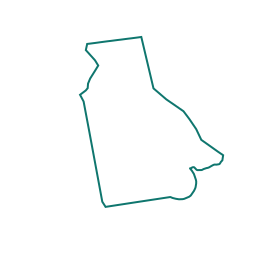 the Préfecture of Borkou, rotated 323°
{"feature_id": "TCD-5577", "entity_name": "Borkou", "entity_type": "Préfecture", "adm_level": 1, "iso_a3": "TCD", "parent_name": "Chad", "parent_adm1": "", "projection": "robinson", "projection_center": [18.999, 18.69], "detail": "fine", "context": "isolated", "style": "outline", "palette": "teal", "viewbox_px": 256, "rotation_deg": 323, "n_neighbors": 0, "source": "natural_earth", "source_scale": "10m", "svg_char_len": 1397}
<svg xmlns="http://www.w3.org/2000/svg" viewBox="0 0 256 256"><g transform="rotate(323 128 128)"><path d="M152.4,40.0L154.9,41.4L157.8,43.0L160.8,44.7L163.8,46.4L166.7,48.1L169.7,49.8L172.7,51.5L175.6,53.2L178.6,54.9L181.6,56.6L184.5,58.3L187.5,60.0L190.5,61.7L193.4,63.3L172.2,111.7L175.8,128.1L182.4,148.0L182.4,157.6L181.8,169.9L179.4,181.6L185.5,200.8L187.6,207.0L183.9,210.6L181.7,211.0L180.8,211.4L179.6,211.8L179.4,211.8L178.9,211.7L176.6,210.5L175.4,209.5L174.9,209.2L174.1,208.9L172.2,208.6L168.9,208.2L167.6,207.8L166.7,207.3L163.7,206.3L161.8,206.0L161.4,205.8L158.2,203.5L157.9,203.1L157.7,202.8L157.6,202.6L157.3,199.9L157.2,199.3L157.1,199.1L156.9,198.9L156.6,198.6L156.4,198.5L156.3,198.4L155.4,198.1L155.1,198.1L154.5,198.2L154.3,198.2L154.1,198.1L153.7,197.7L153.3,197.6L153.2,197.7L153.2,197.8L153.3,200.6L153.0,204.0L153.0,204.3L151.1,210.1L150.4,211.6L149.1,213.3L146.4,215.9L145.4,216.6L142.9,217.9L138.1,219.5L137.4,219.7L135.4,219.7L130.3,218.4L128.8,217.7L125.8,215.6L123.6,213.3L121.5,210.7L120.4,208.8L120.2,208.6L119.9,208.4L91.6,193.1L63.0,177.7L62.6,177.5L62.6,177.2L62.7,176.5L62.8,175.2L62.9,174.0L63.0,172.7L63.1,171.4L82.1,133.3L95.4,106.6L108.5,80.1L109.7,72.6L116.9,72.6L119.8,71.9L122.8,68.5L127.6,65.7L136.5,62.3L141.8,60.2L142.4,54.1L141.8,47.2L141.2,40.4L146.0,36.3L148.9,38.0L151.9,39.7L152.4,40.0Z" fill="none" stroke="#0f766e" stroke-width="2"/></g></svg>